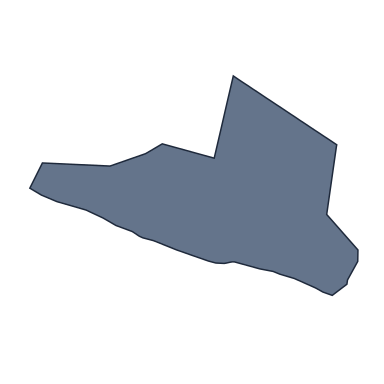 Mudug, Equal Earth projection, rotated 86°
{"feature_id": "SOM-2412", "entity_name": "Mudug", "entity_type": "Region", "adm_level": 1, "iso_a3": "SOM", "parent_name": "Somalia", "parent_adm1": "", "projection": "equal_earth", "projection_center": [47.931, 6.026], "detail": "fine", "context": "isolated", "style": "filled", "palette": "slate", "viewbox_px": 384, "rotation_deg": 86, "n_neighbors": 0, "source": "natural_earth", "source_scale": "10m", "svg_char_len": 941}
<svg xmlns="http://www.w3.org/2000/svg" viewBox="0 0 384 384"><g transform="rotate(86 192 192)"><path d="M79.1,142.7L80.6,140.8L82.1,138.9L85.3,134.8L88.5,130.6L89.9,128.7L93.4,124.3L96.8,119.8L100.3,115.3L103.8,110.8L107.2,106.3L110.7,101.8L114.1,97.3L117.6,92.8L121.1,88.3L124.5,83.8L128.0,79.4L131.4,74.9L134.9,70.4L138.4,65.9L141.8,61.4L145.3,56.9L148.7,52.4L152.2,47.9L155.0,44.3L156.8,44.8L157.3,44.9L223.8,59.2L261.4,30.5L272.8,31.5L290.6,43.0L294.8,43.9L304.9,59.3L301.0,68.3L296.3,75.5L285.4,96.0L280.2,109.9L276.9,116.6L273.4,129.8L264.7,154.5L264.5,156.6L264.7,158.8L265.3,162.8L265.5,164.9L264.5,173.2L262.0,180.5L256.0,194.5L248.8,211.2L237.8,233.9L234.3,244.2L232.4,247.7L227.3,254.3L220.1,270.2L211.7,282.6L202.6,299.0L192.2,327.4L184.6,342.4L176.9,353.5L176.5,353.3L152.6,339.2L160.4,272.0L150.5,235.6L141.9,218.3L159.8,167.5L132.9,159.2L106.0,151.0L79.1,142.7Z" fill="#64748b" stroke="#1e293b" stroke-width="1.5"/></g></svg>